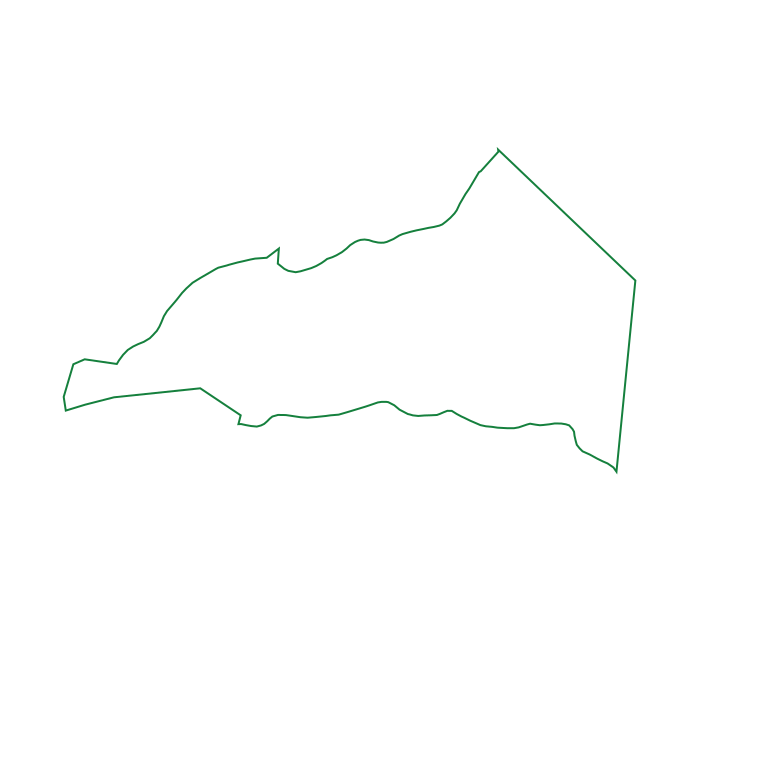 Rock Hall, Castries, Saint Lucia, rotated 229°
{"feature_id": "8701671B3640054805688", "entity_name": "Rock Hall", "entity_type": "district", "adm_level": 2, "iso_a3": "LCA", "parent_name": "Saint Lucia", "parent_adm1": "Castries", "projection": "mercator", "projection_center": [-60.989, 14.001], "detail": "fine", "context": "isolated", "style": "outline", "palette": "green", "viewbox_px": 768, "rotation_deg": 229, "n_neighbors": 0, "source": "geoboundaries", "source_scale": "gbopen_adm2", "svg_char_len": 2182}
<svg xmlns="http://www.w3.org/2000/svg" viewBox="0 0 768 768"><g transform="rotate(229 384 384)"><path d="M486.0,623.9L484.3,622.8L481.1,596.6L481.6,594.7L475.6,576.7L473.9,570.1L470.3,559.5L467.4,552.9L466.5,549.2L465.9,543.2L465.9,537.7L466.2,532.7L467.2,529.7L469.9,524.5L472.6,520.1L475.4,515.0L478.6,509.4L481.4,504.0L485.0,496.3L486.1,492.8L487.2,486.3L489.4,479.3L490.8,476.6L492.7,474.3L494.7,472.3L498.8,469.2L502.5,467.0L505.8,464.1L508.1,460.9L509.2,458.4L510.2,455.2L511.0,449.6L510.8,444.7L511.1,438.9L512.3,432.6L513.6,428.2L515.7,423.1L515.9,419.9L516.3,416.2L517.5,410.3L519.2,405.1L523.8,395.0L526.3,390.7L532.2,386.0L536.3,384.3L539.7,383.7L544.5,382.8L555.2,393.5L556.2,378.3L563.2,369.0L565.5,365.0L569.2,358.0L571.8,353.2L575.6,345.4L576.6,343.1L580.5,335.2L581.2,332.3L582.5,325.4L584.5,315.1L586.0,305.9L585.8,297.6L585.2,291.3L583.5,282.4L582.4,275.1L581.4,268.2L579.6,262.4L576.5,256.2L574.6,252.0L573.1,247.3L572.9,245.1L572.6,242.6L572.5,241.8L572.2,237.2L573.4,230.4L575.4,224.6L576.9,219.2L577.8,213.0L577.2,206.2L575.7,199.5L574.4,195.5L599.0,174.3L602.7,162.5L584.4,133.8L572.7,126.4L564.5,144.8L551.1,171.5L501.3,242.5L454.4,255.3L449.2,247.8L447.5,249.9L443.6,252.8L439.5,256.1L435.3,260.1L433.4,264.0L432.5,267.4L432.5,271.4L432.8,275.1L432.7,278.4L430.2,283.7L425.0,289.5L422.0,292.1L413.8,299.1L408.7,304.2L404.1,310.5L398.1,319.0L395.5,323.0L390.6,329.7L386.9,337.7L382.1,348.4L379.1,355.1L377.5,358.9L375.0,365.1L374.1,367.3L372.0,370.6L368.9,374.1L367.5,375.3L361.2,377.8L354.4,378.9L345.7,382.3L343.9,383.6L341.4,385.2L337.4,388.9L333.7,393.9L329.6,398.9L325.9,403.6L324.8,406.5L323.5,410.6L322.2,414.2L319.3,417.5L313.7,419.2L308.7,421.1L306.1,422.3L299.7,425.0L296.6,426.5L289.7,429.8L285.3,433.1L280.7,437.5L276.6,441.0L273.0,444.7L270.1,447.7L265.3,453.2L262.9,457.2L261.1,461.6L259.6,465.3L258.2,468.2L253.9,471.7L250.6,474.6L248.8,477.0L245.2,482.2L242.2,487.0L237.9,491.8L234.3,494.8L231.3,496.6L226.3,496.7L223.3,496.1L219.9,493.8L215.0,491.2L211.6,489.6L207.1,489.4L202.9,489.7L195.8,493.0L187.9,495.9L182.2,498.3L177.4,500.6L170.5,502.4L165.3,501.9L297.2,641.6L486.0,623.9Z" fill="none" stroke="#15803d" stroke-width="2"/></g></svg>